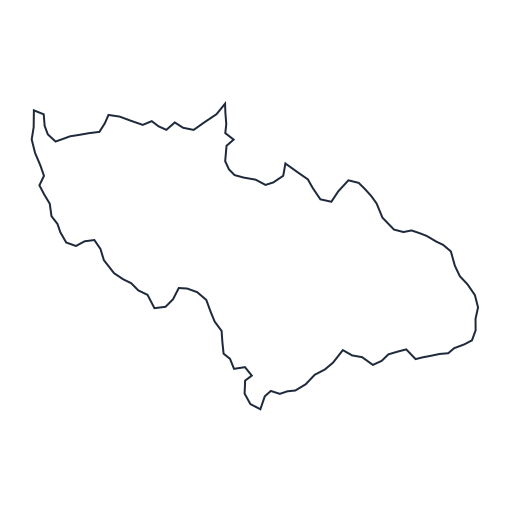 outline of Juatuba, Minas Gerais, Brazil, rotated 178°
{"feature_id": "56859067B43711493221364", "entity_name": "Juatuba", "entity_type": "district", "adm_level": 2, "iso_a3": "BRA", "parent_name": "Brazil", "parent_adm1": "Minas Gerais", "projection": "natural_earth1", "projection_center": [-44.35, -19.955], "detail": "fine", "context": "isolated", "style": "outline", "palette": "slate", "viewbox_px": 512, "rotation_deg": 178, "n_neighbors": 0, "source": "geoboundaries", "source_scale": "gbopen_adm2", "svg_char_len": 1742}
<svg xmlns="http://www.w3.org/2000/svg" viewBox="0 0 512 512"><g transform="rotate(178 256 256)"><path d="M359.3,207.4L348.2,208.4L340.4,215.7L334.3,226.7L326.0,225.9L316.0,221.9L307.2,213.8L303.2,201.6L299.6,191.9L293.0,182.3L292.6,171.0L291.8,159.5L285.6,154.2L281.9,144.0L270.9,145.3L264.4,136.6L271.2,131.9L272.2,118.9L266.8,108.2L257.0,102.7L252.1,115.5L245.9,120.6L237.0,117.4L229.3,119.7L221.4,120.2L210.8,126.1L201.4,135.3L191.1,140.2L182.7,146.8L172.5,158.9L163.4,153.3L153.5,151.2L143.0,143.1L134.1,146.8L127.1,153.1L116.9,155.7L109.1,157.4L100.1,147.4L93.0,148.9L84.5,150.2L75.9,151.7L67.3,152.1L61.1,157.0L50.9,160.4L43.1,164.2L39.1,174.0L38.8,185.5L35.9,196.8L38.6,209.3L45.7,220.4L53.0,228.7L57.6,239.3L61.1,253.8L68.6,260.6L75.5,264.2L84.9,270.2L92.2,273.3L99.7,276.1L107.8,274.8L117.2,277.6L128.3,289.9L133.6,304.2L138.5,311.6L144.6,318.9L150.8,325.5L161.0,328.4L171.5,317.8L178.8,307.6L189.7,310.4L197.0,322.1L201.5,330.8L210.9,337.8L223.4,347.4L226.0,335.2L236.2,328.9L244.0,326.7L253.7,332.3L265.6,334.8L274.6,337.6L280.0,343.5L283.5,351.8L281.6,367.2L274.3,373.1L282.4,379.9L281.1,388.9L281.6,400.1L281.6,409.3L290.5,399.1L302.0,392.0L313.9,384.2L324.4,386.7L332.5,392.3L341.2,385.2L349.0,389.1L355.5,394.4L364.6,391.0L376.0,395.4L387.5,400.1L398.5,402.1L402.5,393.8L408.2,385.5L418.6,384.6L427.8,383.3L437.7,382.1L445.0,379.7L452.3,377.4L459.8,384.8L462.7,393.5L463.2,405.0L472.9,409.3L473.7,392.5L476.1,380.3L473.2,366.7L468.4,354.2L465.1,343.5L470.0,334.2L465.6,325.0L460.3,315.5L459.0,302.9L453.3,295.0L450.7,286.5L445.2,276.1L435.6,272.3L426.7,276.7L417.0,277.6L411.2,268.5L408.2,257.2L398.5,243.8L389.6,237.4L381.6,233.1L374.8,225.7L365.8,221.0L359.3,207.4Z" fill="none" stroke="#1e293b" stroke-width="2"/></g></svg>